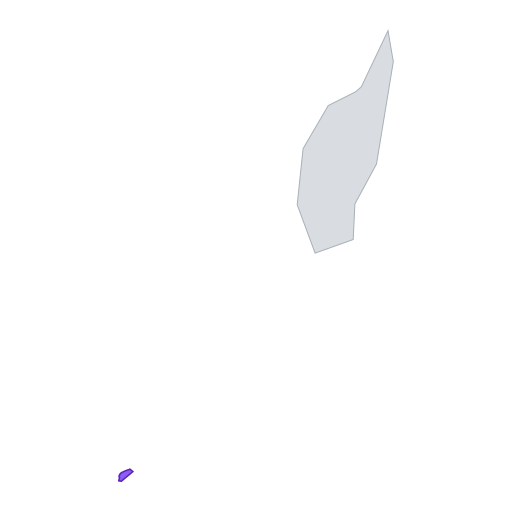 Ngerkeiukl, Palau (highlighted)
{"feature_id": "81905179B11075638716817", "entity_name": "Ngerkeiukl", "entity_type": "district", "adm_level": 2, "iso_a3": "PLW", "parent_name": "Palau", "parent_adm1": "", "projection": "albers", "projection_center": [134.228, 7.009], "detail": "fine", "context": "in_parent", "style": "filled", "palette": "violet", "viewbox_px": 512, "rotation_deg": 0, "n_neighbors": 0, "source": "geoboundaries", "source_scale": "gbopen_adm2", "svg_char_len": 1030}
<svg xmlns="http://www.w3.org/2000/svg" viewBox="0 0 512 512"><path d="M353.2,239.5L315.1,253.1L297.2,204.7L303.1,148.6L328.3,105.5L355.8,91.7L361.4,86.7L388.0,30.7L393.3,61.6L376.5,164.0L354.9,203.9L353.2,239.5Z" fill="#d9dde1" stroke="#a8b0b8" stroke-width="1"/><path d="M132.9,471.6L129.9,469.1L129.7,469.3L129.4,469.4L129.2,469.6L128.8,469.7L128.4,469.8L128.1,469.8L127.8,470.0L127.4,470.1L126.9,470.3L126.7,470.3L126.2,470.5L125.7,470.7L125.2,471.0L124.8,471.2L124.4,471.3L123.9,471.4L123.4,471.7L122.8,472.0L122.3,472.2L121.8,472.5L121.6,472.6L121.4,472.7L121.1,473.0L120.8,473.1L120.6,473.3L120.4,473.6L120.2,473.8L120.0,474.1L119.9,474.2L119.9,474.4L119.8,474.6L119.6,474.7L119.6,474.8L119.4,475.1L119.3,475.5L119.2,475.7L119.1,475.8L119.1,476.0L119.1,476.3L119.0,476.5L119.1,477.1L119.3,477.3L119.5,477.6L119.4,477.8L119.4,478.1L119.4,478.4L119.1,479.3L119.1,479.6L119.0,479.8L118.9,479.9L118.9,480.2L118.7,480.6L118.7,480.8L118.8,480.9L121.3,481.3L132.9,471.6Z" fill="#8b5cf6" stroke="#5b21b6" stroke-width="1.5"/></svg>